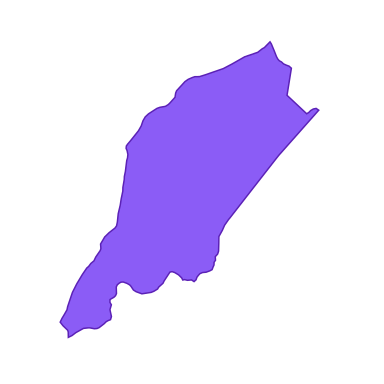 outline of Querência do Norte, Paraná, Brazil, rotated 6°
{"feature_id": "56859067B64295279901958", "entity_name": "Querência do Norte", "entity_type": "district", "adm_level": 2, "iso_a3": "BRA", "parent_name": "Brazil", "parent_adm1": "Paraná", "projection": "orthographic", "projection_center": [-53.558, -23.06], "detail": "fine", "context": "isolated", "style": "filled", "palette": "violet", "viewbox_px": 384, "rotation_deg": 6, "n_neighbors": 0, "source": "geoboundaries", "source_scale": "gbopen_adm2", "svg_char_len": 2061}
<svg xmlns="http://www.w3.org/2000/svg" viewBox="0 0 384 384"><g transform="rotate(6 192 192)"><path d="M167.9,292.1L168.8,290.1L172.7,285.8L173.6,283.3L178.4,274.0L180.5,273.3L183.2,273.9L187.3,275.8L190.7,278.5L192.0,280.5L193.8,279.9L196.7,280.3L200.7,279.5L203.4,280.9L205.2,278.9L205.8,276.3L207.0,274.3L208.4,272.4L210.9,271.0L214.4,270.3L217.9,268.6L220.1,267.1L220.7,264.7L221.5,262.3L221.3,259.6L222.5,257.4L221.9,253.9L224.0,251.0L224.6,248.0L224.0,240.1L223.4,233.5L226.2,226.9L227.9,221.6L231.2,215.6L232.3,214.0L251.9,182.5L256.9,174.5L272.4,149.7L274.5,146.4L309.5,97.4L306.7,95.9L303.9,96.8L301.5,98.6L299.9,100.6L297.9,102.2L276.4,85.9L277.9,58.5L275.4,56.7L272.6,56.0L269.6,55.0L267.4,53.3L265.2,52.4L263.6,51.0L261.9,48.6L258.9,42.8L255.4,36.4L253.9,34.5L248.8,40.9L246.9,42.2L242.8,46.2L230.3,52.0L218.3,60.6L210.2,66.0L199.3,71.1L194.0,73.6L192.2,74.4L187.3,76.5L182.8,77.0L180.4,78.1L176.5,80.3L173.5,82.9L166.1,92.9L165.4,95.3L165.2,99.6L160.7,105.8L159.3,107.5L156.6,109.6L151.3,111.1L148.4,112.5L140.6,118.8L137.7,122.1L135.8,126.3L134.6,131.6L132.3,136.8L125.4,147.6L123.0,151.1L121.9,153.1L121.9,155.5L123.1,157.6L124.3,161.4L124.3,164.9L123.8,167.4L123.6,178.6L123.1,183.7L123.3,186.5L123.2,188.4L122.8,194.6L123.1,198.4L122.3,206.2L122.0,212.7L120.9,221.2L120.9,229.8L120.5,233.6L119.1,236.0L117.0,238.0L113.8,241.1L109.9,245.8L106.5,253.3L107.3,257.8L106.9,259.7L103.1,266.7L101.7,270.7L98.9,273.6L97.0,276.8L95.3,278.6L91.6,285.5L87.0,295.4L83.6,304.3L81.3,314.5L80.3,319.0L80.0,322.2L78.0,326.8L75.9,331.3L74.5,335.2L77.7,338.5L82.7,342.4L83.5,344.0L84.2,349.5L87.7,347.3L91.2,344.0L98.3,339.0L102.8,338.0L104.7,337.8L109.2,338.2L111.8,337.7L113.8,336.6L118.5,332.1L120.1,330.1L121.8,328.8L124.3,327.5L124.9,324.3L122.7,317.6L123.6,312.6L121.9,310.3L121.7,307.5L125.6,304.6L126.8,303.1L127.5,300.9L126.6,294.4L127.4,292.1L129.1,290.3L130.8,289.1L133.0,288.7L137.0,289.7L139.7,290.9L141.1,292.1L144.0,295.6L146.8,297.0L152.8,298.5L161.9,296.1L164.5,294.7L167.9,292.1Z" fill="#8b5cf6" stroke="#5b21b6" stroke-width="1.5"/></g></svg>